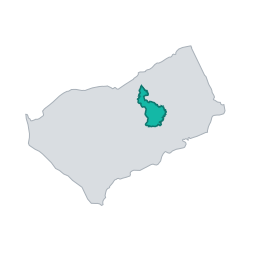 location of Central Gonja, Northern, Ghana, rotated 65°
{"feature_id": "2480657B60919857809422", "entity_name": "Central Gonja", "entity_type": "district", "adm_level": 2, "iso_a3": "GHA", "parent_name": "Ghana", "parent_adm1": "Northern", "projection": "robinson", "projection_center": [-1.24, 8.941], "detail": "fine", "context": "in_parent", "style": "filled", "palette": "teal", "viewbox_px": 256, "rotation_deg": 65, "n_neighbors": 0, "source": "geoboundaries", "source_scale": "gbopen_adm2", "svg_char_len": 6952}
<svg xmlns="http://www.w3.org/2000/svg" viewBox="0 0 256 256"><g transform="rotate(65 128 128)"><path d="M153.4,32.8L155.1,34.6L155.5,35.6L154.9,39.6L153.7,42.3L152.9,44.9L153.0,46.2L153.7,47.4L156.3,49.5L157.7,50.8L159.2,52.8L161.0,54.7L164.1,57.2L165.4,57.7L165.3,58.4L164.9,59.3L164.7,68.8L164.4,71.2L164.2,72.4L163.9,75.9L163.6,76.4L163.0,76.4L162.5,76.5L162.3,77.2L162.6,77.9L164.4,78.5L164.0,79.0L162.6,79.5L162.0,80.5L162.3,81.7L161.5,82.7L161.7,83.4L162.2,83.8L163.0,83.7L165.2,82.0L166.1,81.9L167.2,82.2L169.3,84.7L169.4,85.9L168.5,90.0L167.7,93.2L167.6,97.5L168.4,99.9L168.3,101.2L167.4,102.3L165.2,104.0L165.4,105.1L166.4,107.2L168.2,109.5L171.7,112.4L173.6,116.2L173.6,117.7L172.6,119.3L171.3,120.6L170.9,122.5L171.5,135.1L168.7,140.6L168.6,142.2L168.9,144.0L169.7,145.1L171.1,145.4L172.3,146.5L171.9,150.3L171.2,154.2L171.1,156.1L170.8,157.0L169.7,157.8L169.3,159.0L169.6,160.5L169.4,161.7L170.0,163.1L171.2,164.9L173.3,169.5L174.1,169.8L174.4,170.8L174.2,171.7L175.0,173.7L177.3,175.7L179.7,177.4L181.6,177.7L182.1,179.3L183.3,181.2L184.3,182.1L185.7,182.7L186.9,183.0L187.0,184.7L184.8,185.8L183.4,187.6L182.2,190.2L180.7,193.1L175.3,194.6L173.3,194.6L162.3,194.7L152.0,200.4L146.1,202.5L142.5,205.7L137.6,208.0L134.1,210.7L127.0,212.1L115.4,216.4L111.7,218.2L108.0,221.2L102.0,224.8L99.7,224.7L95.0,221.4L91.5,219.7L82.8,217.2L76.4,216.2L73.3,215.1L72.4,214.9L73.1,213.7L74.9,213.6L76.8,214.0L78.2,213.1L80.4,213.0L80.9,212.0L81.1,209.6L81.1,207.7L81.8,206.8L82.0,204.5L81.0,199.5L80.2,198.9L76.5,198.2L76.2,197.2L75.5,196.1L74.8,193.5L74.0,189.6L72.7,184.8L70.1,176.8L69.5,174.0L69.1,171.2L69.0,167.8L69.5,166.5L69.4,164.7L69.2,163.0L71.0,158.9L74.5,154.0L75.2,152.2L75.9,151.0L76.0,149.2L76.6,143.4L78.3,136.5L79.3,133.8L80.0,132.4L80.9,130.1L81.1,129.0L84.3,126.3L85.8,125.5L86.1,124.4L85.6,123.3L85.9,122.5L86.6,122.1L87.8,121.7L88.7,120.6L87.3,112.0L86.2,103.5L86.2,102.7L85.5,101.6L84.9,98.0L83.8,96.0L82.3,95.3L82.3,93.4L83.8,90.1L84.2,88.2L83.5,87.6L83.4,86.1L83.9,83.7L83.7,82.2L83.4,80.6L81.8,76.8L81.4,74.2L82.2,72.6L82.2,69.2L81.4,64.0L81.2,60.7L81.8,59.3L81.5,58.0L80.4,56.7L80.3,55.5L81.3,54.3L81.2,53.4L79.9,52.8L78.8,51.1L77.9,48.6L78.1,44.5L79.9,37.0L80.2,36.3L82.2,36.4L82.2,36.7L88.7,36.6L96.0,36.5L104.8,36.4L112.8,36.3L113.2,36.0L114.5,35.6L122.5,36.4L127.6,36.0L129.7,36.2L131.3,36.7L134.8,36.4L136.6,36.6L138.1,38.5L138.6,38.5L139.4,37.7L140.8,36.8L142.2,36.0L143.2,34.6L143.8,33.5L144.8,33.7L146.1,33.6L147.0,32.7L147.3,31.2L153.4,32.8Z" fill="#d9dde1" stroke="#a8b0b8" stroke-width="1"/><path d="M101.3,96.3L101.1,96.4L101.1,96.5L100.9,96.8L100.6,96.6L100.3,96.7L100.2,96.9L100.0,97.0L99.8,97.0L99.4,96.8L99.2,96.9L99.2,97.0L98.8,97.1L98.7,97.1L98.4,97.2L98.0,97.1L97.6,97.2L97.5,97.3L97.1,97.5L96.6,97.6L96.3,97.9L96.0,97.7L95.5,98.0L95.3,98.0L95.8,98.7L96.1,99.1L96.3,99.2L96.5,99.3L97.0,99.8L97.3,99.9L97.3,100.0L97.6,100.5L98.3,100.9L98.3,101.5L98.7,101.9L99.0,101.8L99.3,102.1L100.1,102.0L100.6,102.1L100.9,101.9L101.0,102.0L101.7,102.4L101.7,102.5L101.8,102.8L101.8,103.0L101.9,103.4L101.9,103.6L102.0,103.8L102.0,103.7L102.3,104.0L102.5,104.1L102.9,104.1L103.0,104.4L103.1,104.5L103.1,104.4L103.2,104.5L103.3,104.5L103.3,104.4L103.4,104.5L103.6,104.5L103.9,104.4L104.1,104.4L104.1,104.5L104.1,104.4L104.2,104.5L104.3,104.4L104.5,104.5L104.6,104.4L104.6,104.5L104.9,104.7L105.0,104.8L105.2,105.0L105.3,105.2L105.4,105.4L105.5,105.5L105.4,105.6L105.6,105.7L105.6,105.8L105.7,106.4L105.7,107.0L105.9,107.2L106.4,107.0L107.1,106.9L107.8,107.2L108.7,107.9L109.2,108.0L110.3,107.5L110.6,107.1L110.6,106.6L110.7,106.3L111.2,105.9L111.5,106.0L112.0,106.4L112.5,106.5L113.5,106.5L114.0,106.5L114.6,106.4L115.2,106.0L115.3,105.4L115.5,104.6L115.9,104.0L116.1,103.8L116.8,103.8L117.6,103.6L117.9,103.5L118.7,103.7L119.3,104.0L119.7,104.4L120.0,104.6L120.5,105.1L121.1,105.2L121.8,106.1L123.1,106.7L123.5,106.7L123.8,106.4L125.4,106.4L125.7,106.3L126.0,106.0L126.3,106.0L126.7,105.7L127.3,105.7L128.0,105.9L128.4,106.2L128.8,106.7L129.2,107.0L130.1,107.2L130.3,107.4L130.7,107.9L131.2,109.1L132.0,110.5L132.5,110.7L133.3,110.5L133.6,110.1L133.8,109.4L134.1,109.0L134.4,108.7L134.8,108.1L134.9,108.4L135.2,108.7L135.4,108.8L135.5,108.6L135.6,108.2L135.5,107.9L135.9,107.6L136.0,107.0L136.2,106.8L136.5,106.2L136.8,105.9L136.7,105.3L136.7,105.0L136.9,104.8L137.1,104.6L137.3,104.0L137.6,103.7L138.3,102.2L138.1,101.4L138.1,101.1L138.3,100.9L138.1,100.4L138.2,100.2L138.0,99.9L137.9,99.8L137.9,99.6L137.7,99.5L137.7,99.3L137.5,99.1L137.7,98.9L137.8,98.9L138.2,98.7L138.4,98.6L138.5,98.3L138.8,98.3L139.3,98.1L139.4,97.9L139.3,97.6L139.2,97.4L139.1,96.8L138.9,96.4L137.9,96.2L137.7,96.3L137.5,96.2L137.3,96.2L137.2,96.0L136.8,96.3L136.5,96.4L136.5,96.5L136.2,96.7L136.3,96.8L136.1,96.9L136.1,96.5L136.0,96.4L136.2,96.2L136.3,96.1L136.1,95.9L136.0,95.5L136.1,95.4L136.1,95.2L135.9,94.9L136.0,94.6L136.1,94.4L136.1,94.2L135.9,93.9L135.7,93.8L135.8,93.6L135.6,93.5L135.7,93.2L135.7,92.9L135.5,92.7L135.5,92.9L135.3,92.8L135.3,92.7L135.1,92.7L135.1,92.4L134.8,92.2L134.7,92.1L134.4,91.9L134.1,91.9L133.9,92.1L133.7,92.1L133.4,92.0L133.1,92.2L133.0,92.3L132.9,92.1L132.9,91.4L133.0,91.2L132.9,91.0L132.6,90.9L132.8,90.7L132.8,90.4L133.0,90.3L133.0,90.1L132.9,90.1L132.7,90.1L132.5,89.9L132.2,90.0L132.2,89.8L132.0,89.6L131.9,89.6L132.0,89.4L131.8,89.4L131.8,89.2L131.6,88.9L131.6,88.7L131.5,88.8L131.4,88.7L131.3,88.4L131.1,88.3L131.0,88.2L130.7,88.3L130.5,88.2L130.5,87.8L130.1,87.7L129.8,87.5L129.7,86.6L129.4,86.5L129.0,86.8L128.8,86.8L128.5,87.1L128.2,87.2L128.4,86.7L128.2,86.7L127.9,86.4L127.6,86.3L127.4,86.4L127.4,86.5L127.2,86.8L126.7,86.9L126.6,87.0L126.3,87.1L126.2,87.2L126.2,87.3L125.9,87.4L125.8,87.2L125.5,87.1L125.3,87.1L125.2,87.1L124.9,87.1L124.6,87.0L124.3,87.1L124.2,87.0L123.8,87.3L123.6,87.4L123.5,87.5L123.4,87.5L123.3,87.4L123.3,87.5L123.1,87.6L122.7,87.8L122.3,88.1L122.3,88.3L122.0,88.5L122.4,88.7L122.4,88.8L122.3,89.4L122.4,89.8L122.4,90.3L122.2,90.4L122.0,91.1L121.9,91.1L121.8,90.9L121.7,91.2L121.3,91.1L121.1,91.4L120.7,91.7L120.5,91.9L120.2,92.0L119.8,91.8L119.6,91.9L119.2,91.6L118.7,92.2L118.8,92.7L118.8,92.8L118.6,92.8L118.2,92.9L117.7,92.9L117.6,93.2L117.3,93.3L117.0,93.3L116.9,93.2L116.7,93.3L116.1,93.5L115.9,93.9L115.7,94.1L115.6,94.3L115.2,94.5L115.0,95.0L114.1,95.5L114.0,95.9L113.7,96.3L113.1,96.9L113.1,97.1L113.3,97.2L113.8,98.2L113.5,98.4L113.4,98.7L113.1,98.9L112.7,98.9L112.6,99.1L112.1,99.3L111.9,99.2L111.6,99.2L111.3,99.1L111.2,99.2L111.0,99.3L110.7,99.5L110.3,99.9L110.1,100.6L110.1,101.1L106.0,100.4L106.0,99.6L105.8,98.8L105.9,98.2L106.1,97.9L105.9,97.7L106.2,97.4L106.4,96.8L106.4,96.7L106.6,96.4L106.5,96.2L106.3,95.9L106.4,95.7L106.0,95.5L105.9,95.6L105.3,95.2L105.1,95.3L104.7,95.2L104.5,95.4L104.4,95.4L104.4,95.5L104.1,95.4L103.9,95.3L103.9,95.2L103.7,95.1L103.4,95.3L103.0,95.3L102.8,95.2L102.8,95.5L102.6,95.4L102.5,95.5L102.3,95.4L102.3,95.5L102.2,95.4L101.9,95.4L101.7,95.8L101.3,96.1L101.3,96.3Z" fill="#14b8a6" stroke="#0f766e" stroke-width="1.5"/></g></svg>